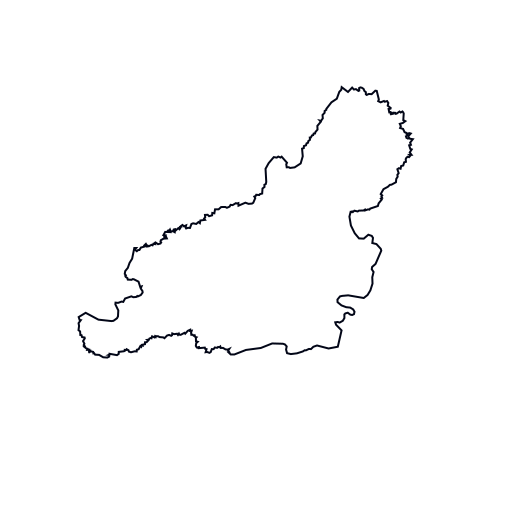 outline of Kham Muang, Kalasin, Thailand, rotated 65°
{"feature_id": "78962969B13207688711695", "entity_name": "Kham Muang", "entity_type": "district", "adm_level": 2, "iso_a3": "THA", "parent_name": "Thailand", "parent_adm1": "Kalasin", "projection": "robinson", "projection_center": [103.634, 16.933], "detail": "fine", "context": "isolated", "style": "outline", "palette": "ink", "viewbox_px": 512, "rotation_deg": 65, "n_neighbors": 0, "source": "geoboundaries", "source_scale": "gbopen_adm2", "svg_char_len": 6077}
<svg xmlns="http://www.w3.org/2000/svg" viewBox="0 0 512 512"><g transform="rotate(65 256 256)"><path d="M277.1,156.9L268.5,157.1L259.8,154.7L256.0,151.6L256.5,151.0L256.2,150.1L257.1,149.7L256.5,147.7L258.6,145.0L258.4,143.5L260.2,139.3L260.0,137.7L260.8,137.9L261.1,134.7L261.9,133.6L261.3,132.5L262.2,124.4L260.1,122.6L258.0,118.2L256.7,118.5L256.7,117.1L254.9,117.1L254.4,116.0L252.6,116.8L249.3,112.2L249.0,107.2L248.1,104.6L248.6,103.1L248.3,98.0L245.4,96.3L244.0,94.1L242.2,93.6L241.2,91.7L237.1,91.2L236.8,89.4L238.0,88.1L235.8,86.4L236.2,84.3L233.7,82.1L234.0,80.3L231.5,79.4L230.6,78.3L230.1,76.6L231.1,75.5L230.3,73.8L229.2,74.2L230.0,72.3L227.1,72.9L225.2,69.8L224.1,70.9L220.4,70.4L220.7,68.6L218.4,68.4L216.4,64.5L214.8,66.9L213.5,67.3L214.0,69.4L213.5,68.8L212.5,69.7L210.9,69.5L210.9,67.5L211.7,67.1L210.4,64.0L209.5,65.0L208.9,67.9L207.9,67.7L206.6,69.0L203.0,69.0L200.9,71.3L199.6,69.9L197.0,69.8L197.5,66.7L196.9,63.7L195.1,65.1L189.3,61.9L188.0,61.9L186.9,62.2L187.1,64.2L185.7,64.9L186.4,68.4L186.1,69.5L185.1,69.3L184.2,70.9L185.0,71.5L184.4,74.6L183.8,72.5L182.4,73.2L182.1,74.5L178.8,73.7L179.3,71.9L178.8,71.4L175.4,73.1L173.2,71.4L171.0,71.7L170.6,74.1L169.6,74.5L169.4,78.1L167.3,79.8L166.0,78.5L157.4,76.8L156.6,78.0L158.2,82.8L156.8,85.3L156.8,87.6L155.9,88.1L153.9,87.2L152.3,88.0L150.0,87.9L148.2,89.0L147.3,90.2L147.4,91.6L149.7,92.5L149.7,93.4L147.0,94.9L146.5,96.9L144.0,97.7L146.2,103.3L139.2,107.0L141.4,108.5L142.4,111.1L147.6,116.3L148.6,122.7L152.4,130.1L153.2,130.5L153.6,132.5L155.2,133.3L156.3,136.1L159.5,137.3L161.0,140.0L160.3,140.9L161.7,140.5L164.0,145.4L167.4,146.8L168.8,149.8L169.9,150.7L169.4,152.0L170.6,153.1L170.4,154.3L171.8,156.3L171.4,157.2L173.5,158.0L174.0,160.1L175.3,160.9L175.3,162.6L176.8,163.9L176.6,166.1L178.4,167.1L178.2,168.9L185.4,171.5L191.0,176.4L192.0,183.5L190.6,187.9L189.4,188.8L188.6,190.7L185.6,189.8L184.6,188.5L176.8,190.8L177.1,192.2L175.3,193.8L175.6,195.6L173.9,198.1L177.2,205.3L181.0,210.5L193.2,215.4L194.9,216.7L195.0,218.3L197.0,219.1L197.6,221.6L202.0,224.0L201.6,226.4L202.1,227.3L200.6,229.9L201.4,230.8L201.4,232.4L203.2,232.2L206.6,236.0L206.8,237.5L205.6,240.7L203.2,243.1L203.0,250.6L200.6,249.6L200.4,251.1L199.6,251.9L200.0,255.7L198.9,257.4L200.1,259.1L200.0,262.0L198.6,263.1L196.9,266.9L197.9,270.2L196.4,273.4L199.7,275.7L198.5,277.4L200.6,278.6L200.1,281.7L198.2,282.4L197.2,284.9L199.5,285.7L200.1,287.2L201.7,286.9L200.3,291.4L202.5,293.0L200.9,293.8L201.7,296.6L199.8,299.2L199.7,301.0L202.7,304.0L201.7,305.7L201.5,307.7L200.4,307.8L198.7,306.4L198.6,308.8L196.8,309.5L197.1,311.2L197.9,311.4L197.5,312.5L198.9,313.0L199.4,314.1L197.9,314.6L198.9,317.9L197.5,317.9L197.2,319.4L197.8,320.0L199.1,319.0L200.1,319.6L198.3,320.9L197.9,322.9L195.7,322.8L196.3,323.7L195.7,324.7L196.0,325.4L197.6,324.6L195.8,328.1L197.9,331.0L199.1,329.2L199.8,330.2L199.5,330.9L200.2,331.1L200.7,329.4L202.4,329.4L201.2,332.5L201.5,335.6L202.6,336.5L203.6,336.2L204.3,337.3L203.9,339.8L201.2,341.4L201.5,342.7L202.4,342.7L201.6,343.9L202.6,345.2L201.7,346.0L201.9,349.1L200.9,349.7L201.4,350.9L200.4,351.7L199.9,350.6L198.5,350.7L199.3,353.0L200.3,353.2L199.7,356.8L201.3,359.1L200.8,360.4L201.3,362.0L199.0,363.1L198.1,361.2L197.3,362.9L206.1,369.4L208.8,373.5L212.6,377.2L214.4,380.9L216.7,382.5L218.5,382.1L218.8,382.9L219.9,382.9L221.6,381.9L223.2,382.2L225.0,378.8L224.8,377.6L225.4,376.6L229.6,373.3L235.0,374.0L235.2,372.6L236.7,374.2L239.8,373.7L241.2,374.2L242.7,376.9L242.7,380.2L242.1,380.5L242.5,381.9L241.5,384.6L239.9,386.0L239.2,392.6L241.5,395.7L240.5,397.1L240.2,400.8L238.9,403.0L240.4,403.9L247.1,403.8L252.4,406.6L253.7,408.3L254.5,412.6L253.9,414.5L247.1,425.7L235.5,434.4L236.4,442.5L239.4,442.9L240.1,441.9L241.9,445.2L244.6,445.9L248.2,448.2L250.0,447.3L253.4,448.6L254.0,447.6L256.0,447.9L257.4,445.8L258.3,446.0L260.0,448.7L263.0,448.6L263.9,449.8L265.4,449.3L265.5,450.1L269.0,448.4L268.9,447.0L269.8,448.4L270.4,446.8L271.9,447.6L271.9,446.5L272.7,447.0L272.6,445.9L274.1,444.1L275.5,444.5L275.6,443.8L277.4,443.5L279.3,440.0L283.2,437.3L285.2,433.7L285.1,431.6L283.8,430.7L283.4,431.3L283.4,430.5L282.7,430.1L287.1,423.9L286.7,421.8L284.9,420.9L286.5,416.0L286.5,415.0L285.6,414.6L286.4,413.1L285.9,412.6L287.5,411.4L288.9,411.6L290.4,410.0L291.1,406.2L292.1,404.5L290.6,403.6L290.9,401.8L288.8,398.9L289.8,398.4L288.7,397.5L289.3,396.6L288.4,396.5L289.0,393.9L287.3,393.1L287.9,391.6L287.0,389.3L286.1,389.8L286.5,388.4L285.8,387.5L285.8,385.7L286.3,385.4L284.9,384.1L286.8,382.5L286.0,381.4L287.0,381.1L286.4,380.5L287.4,378.6L288.7,377.7L290.6,374.4L291.8,373.7L290.5,370.2L290.8,368.1L292.5,366.6L292.3,365.6L290.8,364.6L292.2,363.3L293.1,360.4L294.6,360.1L293.8,358.7L294.9,358.7L295.6,357.6L295.4,353.3L296.5,353.0L295.0,349.5L295.0,346.9L296.0,347.4L296.5,345.8L298.1,347.3L300.1,347.9L300.5,346.7L301.9,346.2L301.9,345.1L303.6,345.3L304.5,344.3L304.8,345.1L307.9,346.4L309.1,345.1L309.7,347.0L312.0,348.5L313.5,348.4L314.2,348.1L314.3,346.8L314.9,346.9L314.8,346.2L315.5,346.4L317.4,341.1L318.6,341.3L319.5,340.2L321.9,342.3L322.3,340.9L324.1,339.1L323.9,337.6L321.7,335.4L322.5,333.8L321.5,332.0L322.8,330.0L322.4,328.8L323.2,327.8L322.9,326.6L324.4,326.8L325.4,324.7L327.8,323.1L328.9,321.1L328.9,319.5L330.0,321.2L331.6,320.9L331.5,321.7L334.6,320.5L336.1,317.3L336.9,304.8L341.4,290.5L342.1,278.3L346.9,268.7L348.3,267.2L350.9,266.4L353.5,268.3L357.2,268.9L359.6,265.9L361.5,260.1L362.3,253.9L362.0,251.7L362.6,250.7L362.6,247.3L363.6,245.5L362.5,242.4L362.9,238.5L370.5,229.3L372.8,220.2L359.6,209.9L352.1,212.5L349.6,212.2L350.3,209.9L351.7,208.3L351.4,204.7L349.6,202.1L346.3,200.6L345.8,199.3L346.2,196.8L349.0,195.3L350.1,193.8L350.1,191.8L348.2,190.3L345.5,190.5L342.6,192.4L340.5,195.9L336.9,199.4L332.3,201.6L329.9,200.6L328.1,196.9L328.6,194.7L330.6,189.1L339.6,176.1L338.5,171.4L335.5,166.9L330.3,162.1L324.4,159.6L320.2,156.2L316.9,156.7L315.0,155.4L313.7,151.0L304.1,140.2L302.2,139.9L296.1,141.8L293.4,145.1L289.0,142.3L286.7,142.6L284.2,145.2L285.8,151.0L283.6,155.2L277.1,156.9Z" fill="none" stroke="#020617" stroke-width="2"/></g></svg>